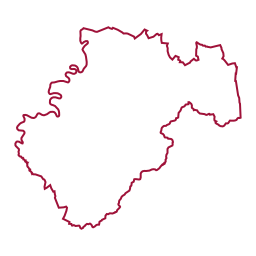 the district of La Apartada, Córdoba, Colombia
{"feature_id": "7082276B84090204325710", "entity_name": "La Apartada", "entity_type": "district", "adm_level": 2, "iso_a3": "COL", "parent_name": "Colombia", "parent_adm1": "Córdoba", "projection": "albers", "projection_center": [-75.293, 8.043], "detail": "fine", "context": "isolated", "style": "outline", "palette": "rose", "viewbox_px": 256, "rotation_deg": 0, "n_neighbors": 0, "source": "geoboundaries", "source_scale": "gbopen_adm2", "svg_char_len": 5692}
<svg xmlns="http://www.w3.org/2000/svg" viewBox="0 0 256 256"><path d="M83.5,28.2L82.8,29.0L80.9,30.2L80.4,31.2L80.6,36.0L80.3,38.2L80.3,40.8L81.1,42.9L81.9,43.6L82.5,43.3L83.9,42.0L85.8,41.1L87.2,41.1L87.6,41.4L87.8,41.9L87.9,42.8L87.6,43.5L84.7,45.9L83.1,48.1L82.5,49.5L83.0,50.6L85.4,54.4L86.0,56.8L86.7,62.0L86.6,64.6L86.1,66.0L83.8,68.7L82.5,71.4L81.6,72.1L80.3,72.4L79.3,72.1L78.7,71.6L77.8,68.2L77.2,67.1L76.4,66.3L74.9,65.5L72.3,65.3L71.6,65.5L70.8,66.0L70.1,66.8L70.1,68.0L70.4,68.6L71.5,69.1L74.3,69.0L75.0,69.2L75.9,69.8L76.3,70.4L76.4,71.7L75.7,73.1L74.3,73.8L73.1,73.8L69.6,72.5L68.3,72.3L66.9,72.5L65.9,73.5L65.6,74.5L66.1,76.1L68.6,78.0L69.3,79.1L69.4,80.8L68.6,82.1L68.1,82.4L67.5,82.3L63.4,81.0L60.1,81.0L57.9,81.4L54.4,82.4L51.9,82.6L51.1,83.3L50.4,84.5L50.2,87.0L49.0,90.1L48.7,91.6L48.8,92.6L49.6,93.9L50.4,94.1L53.9,93.1L57.1,93.2L58.4,93.6L60.4,94.8L61.0,95.4L61.2,96.1L61.3,96.9L61.0,97.6L60.1,98.4L59.0,98.4L55.4,97.3L53.3,97.3L51.5,98.1L50.3,99.5L50.0,100.4L49.9,102.9L50.5,104.1L51.5,104.7L53.2,105.2L55.0,106.0L58.2,109.4L58.8,110.9L59.1,112.4L59.2,115.1L59.0,115.9L57.9,116.6L57.1,116.4L56.6,115.8L55.8,113.9L54.8,112.6L54.1,112.1L52.9,111.8L50.6,111.9L49.6,112.3L47.0,114.2L44.3,115.2L43.3,115.2L41.9,114.8L39.6,113.4L38.2,113.4L37.4,114.1L35.8,116.9L34.5,117.8L33.4,118.0L31.5,117.7L26.8,115.2L25.3,114.9L23.6,115.1L23.3,115.9L24.6,118.8L24.5,120.8L24.0,121.7L21.1,122.9L19.8,123.8L17.5,126.4L17.0,127.8L17.4,129.1L18.7,130.3L23.1,130.7L24.2,131.6L24.5,132.3L24.4,133.5L21.5,137.9L21.4,139.1L21.6,140.2L22.7,142.1L22.8,142.8L22.5,143.0L22.4,143.4L21.8,143.3L19.0,141.7L17.4,141.5L16.6,141.7L16.1,142.3L15.4,143.5L15.4,144.1L15.4,145.2L15.9,146.1L18.9,149.1L18.9,150.7L18.5,151.6L18.9,153.8L18.5,154.9L18.7,155.4L19.8,156.4L21.1,156.6L21.7,157.8L23.0,157.8L23.3,158.2L23.3,159.4L24.1,159.6L24.9,160.3L25.4,160.4L25.0,161.0L25.3,161.6L25.7,161.9L26.4,161.8L26.5,162.1L27.0,162.3L27.0,162.8L27.4,162.8L27.0,163.3L27.3,163.6L27.1,163.9L27.4,165.0L27.2,165.7L27.4,166.3L27.8,167.0L28.2,167.2L28.7,167.9L29.3,169.2L29.6,169.2L29.6,169.8L30.2,169.8L30.2,170.1L29.6,170.7L31.4,172.0L31.8,173.4L32.2,173.3L32.3,173.9L32.6,173.7L32.9,174.1L33.4,174.3L35.5,174.4L41.3,176.4L43.2,179.2L43.9,179.3L44.7,180.1L45.5,182.1L44.5,186.8L44.8,188.8L46.8,187.7L50.2,185.1L51.3,188.3L53.3,191.7L54.5,191.3L54.9,194.5L55.4,196.1L54.9,197.8L58.8,207.7L63.9,207.3L66.1,206.6L67.0,207.7L66.4,210.8L65.5,213.3L64.6,215.8L63.0,218.8L69.5,222.0L69.1,223.8L71.4,224.0L71.9,225.5L72.5,225.6L73.8,225.1L75.6,226.0L79.1,225.6L79.6,226.0L80.4,228.0L81.4,228.7L83.0,227.9L83.5,226.8L84.7,226.1L85.4,225.1L87.0,223.9L88.6,224.2L89.8,223.6L90.3,223.7L91.5,224.9L92.5,227.0L93.1,227.3L94.6,226.6L96.4,225.0L97.4,224.7L99.0,224.7L99.3,223.6L99.4,222.0L100.4,221.1L101.6,220.6L102.0,219.8L105.3,218.3L105.5,215.6L106.8,214.0L108.2,214.2L109.8,213.3L112.7,213.5L113.8,212.9L114.7,212.8L115.1,212.1L116.4,211.9L116.7,211.6L117.2,210.1L119.5,207.8L120.1,206.9L119.9,206.3L118.8,205.3L118.4,204.5L118.4,203.9L119.0,202.9L119.1,201.3L119.4,200.4L120.8,198.8L121.5,197.0L122.5,195.9L124.6,194.6L125.5,193.2L129.4,190.6L130.0,188.9L130.3,186.5L131.2,185.8L131.4,185.4L131.7,182.8L133.7,181.7L134.2,179.3L134.9,179.1L136.7,179.2L138.8,179.5L139.7,179.4L140.2,179.1L140.7,177.4L140.7,173.6L141.3,172.4L142.5,171.3L144.3,170.9L146.0,171.0L149.4,170.6L151.8,169.5L153.3,169.2L155.1,169.4L156.1,170.2L157.0,170.0L159.3,168.3L160.7,166.4L162.4,164.5L162.8,164.9L163.4,164.4L164.1,163.2L164.6,163.6L164.8,163.2L164.4,162.9L165.6,161.7L165.7,161.1L165.5,159.9L166.5,158.0L166.1,157.0L166.4,154.8L167.5,152.9L167.5,149.0L168.5,147.4L172.4,145.5L172.7,144.2L172.5,142.9L172.9,142.4L172.9,141.7L172.4,140.1L171.8,139.4L171.1,139.0L169.8,138.8L168.1,138.7L167.5,137.7L164.9,137.4L164.4,136.7L164.1,135.4L163.1,134.1L160.8,133.0L160.6,132.2L161.3,130.5L161.6,128.5L162.0,127.6L163.6,126.1L164.4,125.9L165.9,125.9L166.9,125.0L169.1,124.1L169.8,123.5L170.2,122.2L170.9,121.4L174.6,120.6L175.5,120.1L175.9,119.4L176.1,118.2L177.5,117.9L178.2,117.5L178.6,112.9L180.5,110.6L181.6,107.7L182.0,107.3L184.1,106.5L185.0,105.7L185.6,104.6L188.4,104.2L188.5,102.2L189.3,102.2L191.3,103.9L191.9,105.4L191.8,107.3L192.0,107.9L193.6,109.1L193.8,110.2L195.0,109.9L197.2,110.4L198.0,111.9L199.8,113.5L204.5,114.1L206.2,114.9L206.9,114.8L209.1,113.8L209.5,113.9L209.9,114.7L213.3,114.2L214.6,116.7L214.3,118.8L214.5,120.4L214.6,120.6L216.3,121.4L215.6,122.1L215.5,122.8L216.2,123.5L218.5,124.7L219.1,125.4L220.4,126.1L222.7,126.4L223.7,126.0L224.5,125.3L225.8,123.4L227.6,123.4L228.2,123.1L229.9,120.6L233.4,120.7L235.0,120.5L236.5,119.9L237.4,118.5L238.2,117.9L239.8,118.0L240.6,117.7L240.0,103.7L239.5,102.6L239.2,98.0L238.1,95.3L235.9,81.0L235.2,80.9L235.7,73.6L236.1,73.7L236.9,67.4L236.4,67.5L234.9,63.2L232.3,63.5L228.1,64.9L224.6,60.4L223.3,59.1L222.3,58.6L223.6,56.2L223.3,53.1L221.5,49.1L221.5,48.0L220.2,45.1L210.7,47.4L207.4,46.8L207.0,46.5L205.7,46.6L204.8,45.6L203.1,45.7L202.7,45.5L202.1,44.8L200.4,44.6L198.0,43.2L197.4,42.6L196.6,42.3L196.2,43.0L196.9,46.3L196.8,48.1L196.3,49.2L196.1,55.7L197.8,56.6L198.5,59.8L196.8,60.5L195.7,60.4L193.9,58.8L190.6,61.4L190.0,62.6L185.0,65.2L182.8,62.3L179.9,62.2L180.3,61.2L180.2,60.6L178.2,59.7L178.7,57.2L175.5,55.9L172.4,59.6L170.0,57.4L168.6,54.7L167.6,51.1L167.7,48.2L166.9,45.8L167.8,43.5L161.8,42.9L161.3,40.3L161.2,37.6L161.6,34.1L158.9,35.2L157.6,33.8L156.6,34.0L153.5,36.7L148.6,38.2L147.2,35.3L146.0,33.7L146.1,31.4L147.1,30.7L144.6,29.5L140.9,34.0L134.8,38.5L134.0,36.6L127.7,33.6L126.2,33.4L123.5,33.5L122.4,32.5L117.8,29.8L112.9,27.8L112.0,28.9L109.6,28.1L108.4,27.3L97.2,31.8L96.2,31.8L94.9,31.5L92.5,30.4L83.5,28.2Z" fill="none" stroke="#9f1239" stroke-width="2"/></svg>